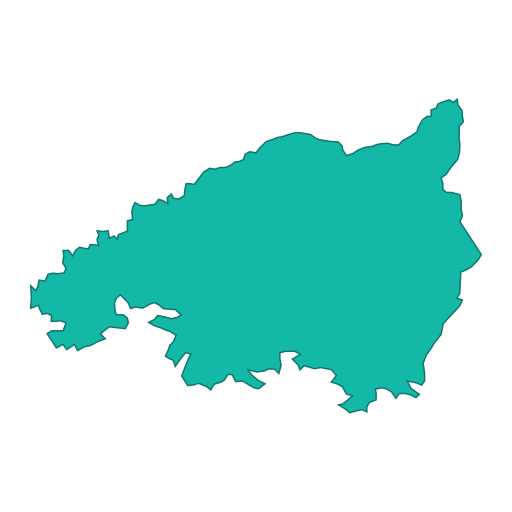 Mato Rico, Paraná, Brazil
{"feature_id": "56859067B20079776482103", "entity_name": "Mato Rico", "entity_type": "district", "adm_level": 2, "iso_a3": "BRA", "parent_name": "Brazil", "parent_adm1": "Paraná", "projection": "albers", "projection_center": [-52.238, -24.697], "detail": "fine", "context": "isolated", "style": "filled", "palette": "teal", "viewbox_px": 512, "rotation_deg": 0, "n_neighbors": 0, "source": "geoboundaries", "source_scale": "gbopen_adm2", "svg_char_len": 3539}
<svg xmlns="http://www.w3.org/2000/svg" viewBox="0 0 512 512"><path d="M421.6,385.1L424.6,380.9L424.6,375.8L424.2,370.4L423.1,363.3L426.3,355.0L430.3,349.6L433.9,343.5L441.1,334.4L443.1,323.8L459.6,306.0L462.4,299.9L456.8,298.2L459.7,293.8L460.8,272.0L465.7,270.2L471.7,266.6L478.2,259.8L481.3,254.6L460.0,221.8L462.4,215.6L461.1,209.3L461.3,201.4L459.8,194.6L451.1,192.4L446.2,192.4L442.8,189.5L442.9,183.8L441.0,177.9L446.2,174.3L450.7,167.6L457.5,159.6L459.5,152.7L459.9,144.2L459.0,138.3L459.2,133.2L459.2,126.5L463.4,121.6L462.4,116.5L461.9,110.1L457.9,105.0L457.3,99.3L453.2,102.4L449.3,99.9L443.2,101.8L437.9,104.0L436.2,108.3L431.1,109.9L431.1,116.4L427.0,116.4L422.5,119.9L418.7,126.5L416.9,131.9L410.5,136.3L402.6,140.7L398.8,144.8L393.7,145.0L387.9,143.3L382.2,143.6L376.6,144.6L372.1,146.5L364.4,147.5L357.9,150.2L353.4,153.3L346.5,155.6L343.0,150.5L341.9,145.6L338.1,141.9L331.4,141.6L324.7,140.6L319.4,139.7L315.5,138.1L310.5,134.5L300.3,132.8L295.8,132.6L291.5,133.7L281.1,137.0L277.0,137.6L272.9,139.4L266.2,141.6L260.1,147.5L255.9,152.9L250.0,151.7L245.3,154.1L243.3,159.7L239.5,161.4L235.2,161.9L230.1,165.6L225.0,167.5L220.3,167.5L214.9,169.2L209.4,168.3L203.6,172.2L199.4,177.8L194.4,184.4L190.5,183.7L186.2,183.7L184.7,190.6L184.3,195.7L178.9,198.9L173.5,198.4L171.3,194.0L167.3,197.5L167.8,203.5L162.4,200.4L158.5,199.4L155.1,204.3L149.8,205.0L144.2,206.0L139.5,205.2L135.0,202.6L133.1,206.5L131.8,211.6L132.6,219.6L127.5,220.7L127.3,226.3L127.5,231.0L123.0,232.9L118.3,234.7L117.3,239.3L114.2,236.0L109.2,238.2L108.2,230.8L102.8,231.5L97.1,230.8L98.8,235.2L97.0,239.8L98.6,245.3L90.4,244.5L88.3,248.9L83.7,248.2L79.7,247.2L75.4,250.6L72.7,255.8L68.6,250.4L63.0,250.6L63.9,255.8L62.6,262.5L66.1,268.5L64.1,273.0L57.5,273.7L52.6,273.2L48.0,274.4L45.0,281.1L39.2,280.1L37.8,286.6L35.7,290.6L30.7,285.8L31.4,297.4L30.7,308.2L38.4,305.3L40.2,310.2L42.4,314.3L47.0,313.4L51.5,315.5L51.2,321.2L56.2,321.3L60.2,320.7L66.1,322.9L63.1,330.8L51.7,330.8L47.1,333.7L52.4,341.6L56.4,347.9L63.0,344.4L66.7,349.6L74.4,344.4L77.6,350.5L84.6,346.7L90.5,345.5L98.0,341.5L105.3,338.8L100.5,333.9L104.4,330.5L109.4,326.8L125.1,328.7L128.4,322.8L127.3,318.1L123.6,315.0L116.0,314.5L114.9,309.2L114.5,302.6L116.6,297.8L120.4,294.8L128.2,302.8L130.7,308.6L135.4,306.9L142.6,308.1L150.2,304.0L154.3,302.6L158.7,304.7L163.6,308.7L175.4,309.6L181.2,315.0L176.9,317.5L171.2,318.7L165.1,317.0L157.6,315.5L154.4,319.5L148.7,322.4L154.7,325.8L161.6,328.1L165.4,330.0L170.0,331.4L176.1,335.3L173.3,341.9L169.9,345.3L168.3,350.0L165.4,356.2L169.2,358.6L173.4,360.3L175.2,366.4L180.0,359.6L185.4,352.7L190.8,353.9L187.7,360.5L185.0,367.2L181.7,376.0L187.7,385.6L193.8,384.8L198.6,383.3L206.5,386.5L210.8,389.9L214.1,384.3L221.6,381.9L225.0,379.4L227.9,374.3L232.3,374.8L235.7,381.6L242.6,381.1L254.4,388.0L258.6,388.7L265.0,383.8L258.2,380.4L251.5,374.8L248.1,369.8L257.0,372.0L264.6,370.8L268.8,368.9L274.7,369.2L278.8,373.5L281.1,365.4L279.8,358.1L279.9,352.8L285.5,351.2L295.1,351.4L300.4,354.4L296.1,356.9L292.4,359.1L298.2,365.0L300.0,369.8L304.2,365.6L309.5,367.2L314.6,368.7L320.6,367.5L331.3,369.6L336.4,375.5L331.3,382.1L337.0,383.8L342.4,386.7L346.4,394.1L352.5,395.6L348.2,399.7L342.8,403.9L338.6,404.9L345.5,409.1L349.8,412.7L355.7,411.0L362.0,409.6L366.9,411.8L366.8,407.1L369.3,402.4L376.0,400.0L376.2,393.6L375.3,389.0L382.0,387.8L386.2,388.8L391.4,391.7L395.9,398.3L399.1,393.6L405.6,393.5L410.7,394.9L416.0,397.6L419.3,394.4L410.9,388.3L407.3,381.0L416.7,382.9L421.6,385.1Z" fill="#14b8a6" stroke="#0f766e" stroke-width="1.5"/></svg>